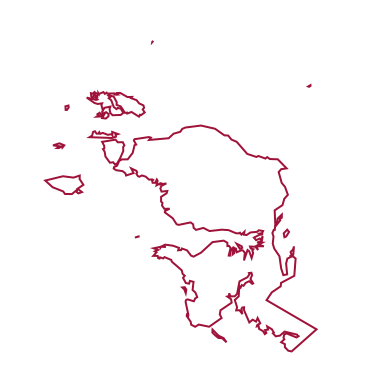 the border of Papua Barat, rotated 10°
{"feature_id": "IDN-1933", "entity_name": "Papua Barat", "entity_type": "Province", "adm_level": 1, "iso_a3": "IDN", "parent_name": "Indonesia", "parent_adm1": "", "projection": "orthographic", "projection_center": [132.375, -1.612], "detail": "fine", "context": "isolated", "style": "outline", "palette": "rose", "viewbox_px": 384, "rotation_deg": 10, "n_neighbors": 0, "source": "natural_earth", "source_scale": "10m", "svg_char_len": 6071}
<svg xmlns="http://www.w3.org/2000/svg" viewBox="0 0 384 384"><g transform="rotate(10 192 192)"><path d="M317.8,331.7L314.4,331.6L310.4,328.7L309.9,325.7L305.9,324.5L308.5,321.0L307.4,319.6L307.6,316.1L310.0,314.9L320.1,317.1L322.8,314.9L321.5,315.7L320.1,314.2L307.4,313.4L303.5,318.2L299.5,319.6L296.2,317.1L297.0,316.2L294.5,313.3L289.4,311.3L290.8,314.3L287.9,315.3L289.7,318.0L288.4,319.3L286.1,316.7L281.9,315.2L280.8,312.3L279.2,313.1L279.4,311.6L282.0,309.5L278.5,304.7L277.6,308.5L273.9,307.2L271.1,310.5L263.6,299.1L263.3,296.5L261.5,297.1L261.0,298.7L262.8,303.5L259.3,300.2L256.1,300.9L256.4,297.6L252.9,290.9L256.1,286.7L255.1,277.6L255.5,276.7L256.5,277.6L257.2,275.0L259.1,275.4L260.5,272.3L263.8,269.9L267.3,272.0L268.1,271.4L264.7,267.5L265.6,263.4L264.5,261.2L262.2,261.9L262.9,262.9L261.4,266.3L254.3,271.8L254.1,284.4L252.2,287.3L248.1,288.1L246.2,285.3L246.5,288.1L244.9,288.8L249.1,290.8L250.3,294.1L240.6,303.5L240.6,307.6L243.0,311.0L232.3,321.7L221.7,321.4L218.5,324.2L214.2,322.8L213.3,320.1L208.3,315.0L208.3,313.8L209.8,314.9L209.8,313.7L204.8,301.4L204.8,299.6L206.2,298.5L212.8,299.3L213.6,296.3L215.4,294.6L212.8,290.4L209.6,288.4L209.1,280.2L205.4,279.9L205.0,282.8L201.7,282.7L198.1,278.1L199.4,275.7L197.0,274.3L195.5,270.9L184.2,264.1L183.4,262.5L176.2,260.9L175.2,262.4L171.9,261.9L171.6,263.2L170.2,263.0L169.3,260.9L165.0,261.6L167.5,257.6L165.7,256.9L168.6,254.9L164.0,254.1L169.7,251.8L170.5,252.5L170.9,251.3L175.8,250.7L172.1,250.4L174.8,248.5L182.7,248.2L188.9,249.3L188.5,251.8L191.4,251.1L191.8,249.4L197.2,250.3L202.1,254.8L204.7,255.4L211.3,250.3L220.9,237.8L231.7,234.4L235.6,235.8L236.3,239.1L237.8,238.7L239.7,240.3L239.2,248.2L240.4,248.1L240.4,243.7L242.6,238.6L242.9,246.4L244.1,245.0L244.1,240.0L245.1,240.1L246.5,243.6L251.1,240.6L252.6,240.9L254.6,242.8L255.1,250.4L256.8,239.5L258.6,240.4L262.2,246.7L262.8,241.5L261.6,239.2L262.4,237.7L259.6,237.4L258.6,235.6L264.0,234.9L267.1,237.7L264.9,234.2L272.2,233.0L266.6,232.4L270.0,229.7L264.9,230.5L269.3,227.9L269.3,223.2L268.2,226.9L266.8,226.1L263.5,228.3L260.9,226.2L265.7,222.5L269.3,221.4L266.4,221.0L268.2,220.3L268.8,218.1L264.4,218.1L263.1,219.9L256.6,221.7L253.2,224.9L250.5,225.0L250.5,222.1L248.1,225.4L245.7,223.2L246.3,224.4L242.6,225.0L234.7,223.2L228.0,223.9L216.1,227.4L209.4,225.4L202.6,228.6L199.9,227.1L198.7,223.6L195.9,222.2L184.6,226.7L182.4,226.4L177.6,221.2L168.8,216.8L168.6,215.5L172.9,212.3L167.7,213.4L164.8,210.5L164.8,207.8L163.2,206.8L162.4,202.1L167.2,197.7L167.5,195.3L161.9,196.9L160.2,194.0L160.8,191.3L165.3,188.0L159.9,189.8L160.3,188.9L159.4,188.8L155.9,191.6L156.2,187.0L155.2,185.8L154.2,189.3L151.6,189.8L150.7,187.8L151.6,186.9L150.6,186.5L147.6,187.3L143.7,184.9L139.8,184.4L137.5,186.1L136.0,185.8L134.0,183.7L134.6,182.1L133.6,180.8L128.0,179.3L131.2,183.5L124.2,187.2L123.2,185.2L120.0,183.5L113.5,183.7L110.8,182.5L110.9,181.0L113.6,179.2L114.9,174.1L117.3,172.1L123.0,171.0L126.8,163.8L127.3,155.8L128.8,155.0L125.8,151.4L126.2,150.0L139.9,145.4L142.1,145.6L140.7,148.2L159.7,143.1L163.7,137.8L169.9,134.8L171.5,131.5L174.2,129.7L189.3,125.0L203.7,125.7L214.1,130.6L217.8,130.1L221.7,133.5L227.3,134.8L239.8,144.9L249.4,146.3L251.1,145.0L258.5,146.3L260.0,144.6L263.0,146.0L270.8,144.9L281.1,152.3L275.9,154.0L273.9,157.3L278.7,167.4L282.7,170.8L286.9,178.1L284.1,182.6L283.4,189.2L276.6,195.7L279.6,209.2L280.1,214.9L279.1,215.1L278.3,218.5L280.0,221.7L280.5,228.8L282.7,233.3L289.3,240.1L293.1,251.8L296.4,258.0L300.0,256.6L297.1,246.0L297.5,241.0L301.2,238.4L300.1,237.8L300.8,236.9L305.6,239.5L307.3,256.8L295.5,266.0L295.7,269.5L288.0,277.0L284.2,285.6L338.5,305.6L317.8,331.7ZM129.1,119.2L131.6,121.9L128.3,125.3L127.3,125.0L126.7,127.0L118.5,123.7L114.6,126.0L114.2,125.1L112.2,125.7L107.0,120.1L102.6,119.3L102.3,116.7L98.3,111.6L93.5,111.2L92.9,111.6L95.0,112.7L93.7,114.1L96.5,115.6L100.2,121.9L103.3,123.5L104.2,122.1L107.4,122.3L110.6,126.0L108.4,128.5L100.4,130.2L97.8,128.3L96.4,124.6L96.8,122.1L91.1,124.3L89.4,129.7L90.0,127.1L87.7,122.1L88.1,120.3L83.8,121.7L80.3,121.2L71.9,117.3L81.5,118.0L82.9,117.2L80.9,115.9L82.3,115.0L81.9,113.4L80.8,115.0L80.1,113.8L78.3,114.1L78.7,116.7L76.2,115.4L75.3,112.2L77.3,112.3L78.3,110.9L79.4,113.4L79.4,110.9L83.1,112.3L82.7,110.9L83.4,111.6L87.4,109.0L89.2,110.5L90.7,109.0L91.5,109.8L98.3,108.4L98.7,109.4L100.9,109.3L101.9,109.0L100.1,108.3L100.7,107.6L104.1,106.9L111.9,109.7L116.3,108.8L115.6,110.1L121.5,111.2L124.5,113.9L129.1,115.1L130.2,117.4L129.1,119.2ZM83.8,203.8L78.7,208.7L83.6,211.2L80.3,213.1L78.5,212.1L78.4,209.8L74.1,214.9L67.2,216.0L65.1,213.8L53.9,211.5L45.5,206.2L62.2,198.9L72.8,198.4L78.6,195.3L79.1,198.8L83.8,203.8ZM116.4,159.6L117.2,163.6L115.3,171.5L113.2,177.1L111.3,178.2L109.2,176.4L106.1,177.4L100.6,172.1L99.0,167.5L96.9,165.2L98.0,164.4L97.6,161.9L94.8,158.2L107.6,153.7L110.2,155.9L115.2,155.0L117.3,157.8L116.4,159.6ZM109.0,147.8L106.8,148.9L107.5,150.7L103.8,152.7L81.6,155.8L83.8,153.9L84.2,150.0L85.8,149.0L87.9,151.1L89.6,150.8L90.3,149.2L91.5,150.7L93.8,149.3L99.2,150.3L102.8,149.0L103.7,150.0L103.0,146.7L109.0,147.8ZM96.3,129.7L96.6,131.9L94.4,134.6L90.7,134.8L92.0,131.2L89.4,133.4L84.9,134.4L86.7,132.6L84.5,131.2L85.6,131.9L87.2,130.0L88.8,131.5L93.5,128.3L96.3,129.7ZM248.5,330.4L252.1,334.0L247.2,330.8L243.3,331.1L239.5,329.0L236.5,326.9L236.1,323.9L243.1,328.9L248.5,330.4ZM58.1,168.2L56.7,170.7L56.3,169.6L53.1,171.9L51.6,172.1L53.8,170.0L47.0,170.2L53.0,167.1L58.1,168.2ZM292.3,212.6L294.5,214.5L292.5,219.4L290.9,220.5L289.5,216.8L292.3,212.6ZM284.4,198.6L284.9,201.7L282.9,203.3L283.8,204.5L281.2,209.4L280.9,203.4L284.4,198.6ZM250.3,236.8L251.1,238.3L248.8,239.5L245.0,235.2L250.3,236.8ZM301.9,227.9L302.6,236.0L300.9,236.3L299.5,234.0L301.5,231.0L301.9,227.9ZM55.3,128.3L55.9,130.1L54.6,132.9L53.3,133.1L52.5,129.6L55.3,128.3ZM203.4,289.2L203.4,292.7L201.4,289.3L199.0,287.7L201.4,287.0L203.4,289.2ZM143.7,246.8L147.2,244.9L148.0,244.8L143.7,246.8ZM288.1,67.9L290.1,66.2L290.3,66.9L289.0,68.1L288.1,67.9ZM126.8,51.0L127.7,50.0L126.8,51.4L126.8,51.0Z" fill="none" stroke="#9f1239" stroke-width="2"/></g></svg>